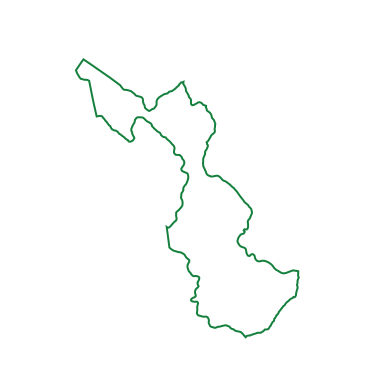 outline of Cônego Marinho, Minas Gerais, Brazil, rotated 167°
{"feature_id": "56859067B75247636863248", "entity_name": "Cônego Marinho", "entity_type": "district", "adm_level": 2, "iso_a3": "BRA", "parent_name": "Brazil", "parent_adm1": "Minas Gerais", "projection": "orthographic", "projection_center": [-44.593, -15.041], "detail": "fine", "context": "isolated", "style": "outline", "palette": "green", "viewbox_px": 384, "rotation_deg": 167, "n_neighbors": 0, "source": "geoboundaries", "source_scale": "gbopen_adm2", "svg_char_len": 6031}
<svg xmlns="http://www.w3.org/2000/svg" viewBox="0 0 384 384"><g transform="rotate(167 192 192)"><path d="M175.5,301.3L176.7,301.1L178.2,301.1L179.3,300.2L180.3,299.7L181.1,298.6L182.5,298.0L185.5,296.2L187.2,295.5L188.5,295.0L189.6,294.8L190.8,294.9L191.9,294.7L192.9,294.0L194.1,293.6L195.8,293.6L197.5,293.5L199.3,292.8L200.8,292.4L203.1,291.4L205.0,290.0L205.9,288.8L206.3,287.8L206.5,286.4L206.9,285.0L207.9,283.8L209.4,282.5L210.5,281.8L212.2,281.7L215.0,280.6L216.0,280.9L217.4,282.5L218.3,283.6L218.8,284.6L218.8,287.6L219.3,288.7L219.4,290.4L219.2,292.0L219.0,293.6L219.4,295.1L220.4,296.1L223.4,297.7L224.5,298.2L225.3,299.1L225.8,300.3L228.6,303.8L229.7,304.6L232.6,306.1L235.1,306.9L235.9,307.6L237.4,310.8L237.9,312.1L245.9,321.5L262.3,339.6L267.9,345.6L269.6,344.2L273.3,340.8L277.7,336.7L277.2,333.4L275.7,328.8L275.0,327.4L271.0,325.3L270.0,325.3L268.5,324.6L267.2,323.4L267.8,303.8L267.9,287.1L264.9,286.9L263.5,286.6L262.3,285.6L262.2,284.5L261.4,283.6L260.3,280.9L259.5,279.6L257.8,275.6L256.9,274.8L256.3,272.1L255.8,271.1L253.9,269.5L252.2,268.8L250.9,267.4L250.3,266.2L249.9,265.1L248.7,264.2L247.8,262.9L245.6,260.4L245.0,259.2L244.0,258.0L242.9,257.1L242.4,255.5L240.8,254.9L239.1,255.1L237.8,255.7L236.1,257.3L236.1,258.5L236.5,259.5L237.1,262.2L236.9,263.8L237.4,265.4L236.9,267.0L236.1,268.4L235.4,269.3L234.7,270.3L232.6,272.4L231.9,273.7L231.4,275.0L230.2,276.1L229.1,276.8L227.7,277.0L223.9,275.9L223.0,275.4L222.2,274.5L220.4,271.6L219.2,270.3L218.0,269.4L217.2,268.6L216.5,267.7L216.1,266.7L216.1,264.9L215.2,263.7L214.7,262.5L211.7,258.4L210.0,257.0L209.6,255.9L209.3,254.4L208.4,253.0L207.3,251.9L206.2,251.6L205.3,250.9L204.6,249.3L202.5,246.6L201.7,245.3L201.2,244.1L200.6,243.0L199.9,242.1L199.4,240.9L199.1,239.6L199.2,238.3L199.9,237.0L200.4,235.5L200.7,234.3L200.3,233.1L199.4,231.9L195.8,230.8L195.0,229.9L194.1,228.3L194.0,226.6L193.3,225.4L192.8,224.0L192.9,222.1L193.4,221.0L194.2,220.0L195.1,219.1L196.3,218.1L197.2,217.1L197.3,215.6L196.8,214.6L195.6,213.6L192.4,211.3L192.1,210.3L192.1,208.8L192.2,207.7L192.6,206.2L194.0,203.7L195.3,201.8L196.2,200.8L197.7,199.8L199.2,198.4L199.8,197.1L200.1,195.5L201.2,194.3L202.2,193.5L202.9,192.4L203.2,190.9L204.0,189.3L203.9,187.9L203.4,186.3L203.5,184.6L203.6,183.4L204.5,180.9L205.4,180.0L208.6,177.6L211.4,176.1L212.2,175.3L212.3,174.1L212.8,172.8L213.0,169.3L213.9,167.8L215.4,167.1L216.8,166.3L219.5,164.3L221.1,163.2L222.6,162.5L223.7,162.7L224.5,163.6L226.5,143.0L225.5,141.5L224.3,140.1L223.6,139.4L222.5,138.6L220.1,137.3L218.6,136.4L217.3,136.0L216.2,135.5L214.0,133.4L213.2,132.2L212.7,130.4L211.8,128.6L210.9,127.5L210.0,126.3L210.3,124.9L212.6,122.1L213.2,120.5L213.3,118.8L213.1,116.9L212.9,115.5L212.3,114.5L211.7,113.6L211.5,112.6L210.8,111.2L209.9,110.0L208.9,109.5L207.5,109.4L205.9,108.8L204.9,108.1L204.2,107.2L204.4,105.9L205.1,104.7L206.1,103.6L207.2,102.1L207.1,100.4L206.8,98.7L207.9,97.6L209.3,97.0L210.4,96.1L211.0,95.3L211.5,94.1L211.8,93.1L211.6,91.6L211.7,89.8L212.8,89.0L215.0,88.6L216.2,88.2L217.2,87.3L217.2,86.2L216.3,85.3L214.2,84.5L212.7,84.2L211.5,83.8L211.1,82.2L212.7,79.1L213.1,77.3L213.3,76.0L214.4,73.1L214.4,72.0L214.0,70.8L213.0,70.0L211.5,69.3L210.0,68.3L208.6,67.8L206.5,67.5L205.6,67.0L204.8,66.0L204.4,64.6L204.4,63.1L205.2,60.7L204.8,58.8L204.5,57.3L203.5,56.2L201.4,55.2L200.5,54.5L198.9,54.5L197.0,54.9L196.0,54.6L190.3,54.7L188.7,54.4L185.9,52.5L185.3,51.3L184.5,50.0L182.2,48.7L181.6,47.6L179.4,46.2L176.1,44.7L174.4,42.3L173.9,41.1L172.4,38.4L171.2,39.4L168.9,39.4L167.7,39.1L166.6,39.5L165.1,39.5L159.9,40.0L158.3,39.8L157.0,39.4L155.0,39.9L153.2,40.7L152.0,41.6L150.3,41.3L148.8,41.2L147.4,42.2L146.3,43.5L145.3,44.1L144.5,45.2L142.7,47.2L141.7,47.6L140.9,48.4L140.5,49.7L139.6,50.4L138.0,52.0L137.4,52.9L136.2,53.4L135.2,54.4L134.5,55.4L133.5,56.3L132.6,56.9L131.6,57.9L130.4,58.7L129.4,59.7L128.6,60.2L127.0,61.0L126.0,62.1L124.1,63.5L123.1,63.8L120.1,65.6L118.0,66.0L116.8,66.9L115.7,66.4L114.8,66.9L114.1,67.8L113.6,68.8L113.4,69.9L112.8,70.7L112.4,71.9L110.7,74.7L110.5,76.1L110.6,77.9L109.9,79.0L109.0,82.1L108.1,83.5L107.2,84.7L107.5,86.2L106.7,89.4L106.3,90.9L107.4,91.5L109.1,92.0L110.2,92.6L111.5,92.9L118.4,92.0L120.5,92.0L122.2,92.5L123.8,93.7L125.8,95.8L127.3,97.0L128.9,99.2L130.1,102.1L130.9,103.5L132.6,105.5L133.7,106.5L136.0,108.2L137.8,108.9L139.3,109.3L140.7,109.2L142.2,109.3L143.2,109.6L144.1,110.4L145.0,111.7L145.4,113.1L145.4,116.0L146.2,117.3L147.4,118.0L148.8,117.6L150.3,116.7L151.6,117.2L152.3,118.6L152.6,119.9L152.4,124.1L153.0,125.4L154.1,126.3L155.2,126.9L156.5,127.8L157.6,129.2L158.1,130.5L158.8,132.9L158.6,134.4L157.3,136.6L156.6,137.5L154.4,139.4L152.9,139.8L151.5,139.8L150.5,140.2L149.6,141.3L150.3,142.9L149.3,143.9L148.2,143.4L147.1,143.2L145.9,144.0L145.4,145.1L144.9,146.6L144.6,148.2L144.4,150.4L143.7,151.7L141.5,153.4L140.7,154.6L138.5,157.6L138.1,158.9L138.1,162.0L138.8,163.5L139.7,164.8L140.3,166.7L143.1,170.3L143.6,171.8L146.3,177.6L148.4,182.8L149.2,184.1L150.4,186.5L151.3,187.5L153.9,191.4L154.8,192.3L156.3,194.2L157.6,195.3L158.6,195.9L159.4,196.7L160.1,197.9L160.8,199.4L161.8,200.7L162.7,201.7L164.1,202.3L165.2,202.4L168.7,202.5L170.1,202.9L172.5,204.6L173.4,205.7L173.8,206.8L173.9,208.6L174.3,210.1L174.5,211.4L175.2,214.4L174.8,217.6L174.4,218.7L173.6,221.9L172.3,223.9L170.9,225.7L170.1,228.3L169.4,229.3L168.5,229.9L166.4,232.7L166.0,233.9L166.5,234.9L166.5,237.3L165.4,237.7L164.6,238.3L161.6,241.5L160.9,242.4L160.0,243.2L156.8,244.8L155.9,246.3L155.9,247.8L155.6,248.9L155.0,250.1L154.5,251.9L153.9,253.4L154.2,254.7L154.3,256.4L154.7,257.8L155.6,259.1L155.9,260.5L155.8,262.4L156.2,264.1L156.9,265.5L157.7,266.3L159.1,268.0L159.1,269.9L159.4,271.5L158.9,272.8L161.5,274.4L162.2,275.8L163.1,277.0L164.5,277.8L165.8,277.9L166.8,277.5L170.8,276.4L172.3,276.5L173.1,277.8L172.9,279.6L172.4,281.1L172.3,282.5L172.6,283.5L173.5,284.9L173.6,286.0L173.6,287.3L174.1,288.6L174.4,289.8L174.8,290.8L175.1,291.9L174.9,293.2L174.8,294.5L175.1,295.9L176.2,299.6L175.5,301.3Z" fill="none" stroke="#15803d" stroke-width="2"/></g></svg>